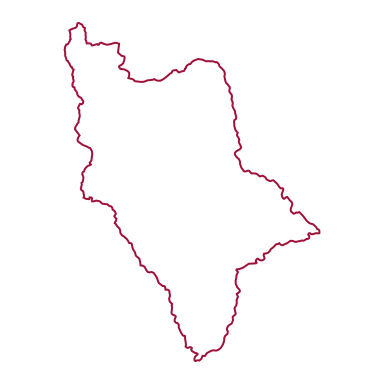 Vilcas Huaman, Ayacucho, Peru (Mercator projection)
{"feature_id": "86281439B2883679079046", "entity_name": "Vilcas Huaman", "entity_type": "district", "adm_level": 2, "iso_a3": "PER", "parent_name": "Peru", "parent_adm1": "Ayacucho", "projection": "mercator", "projection_center": [-73.905, -13.674], "detail": "fine", "context": "isolated", "style": "outline", "palette": "rose", "viewbox_px": 384, "rotation_deg": 0, "n_neighbors": 0, "source": "geoboundaries", "source_scale": "gbopen_adm2", "svg_char_len": 5832}
<svg xmlns="http://www.w3.org/2000/svg" viewBox="0 0 384 384"><path d="M317.3,229.1L316.1,227.1L313.3,224.4L309.5,223.2L306.8,221.0L303.1,216.0L299.3,212.1L297.6,212.7L296.2,212.5L294.7,213.4L293.6,213.7L291.1,211.6L290.7,210.3L290.8,208.7L292.4,204.3L291.7,202.1L289.8,200.3L287.3,197.0L286.2,197.2L284.2,198.8L283.7,198.7L282.8,198.0L282.1,196.6L281.8,195.1L281.8,193.9L283.0,190.7L283.3,189.0L282.7,188.3L280.9,188.3L279.7,187.5L277.1,183.7L273.5,180.4L272.6,180.3L270.4,181.1L269.1,180.8L266.6,179.4L265.4,177.3L263.2,176.0L262.6,175.7L259.8,176.4L256.8,173.9L255.3,173.5L251.3,173.3L249.2,170.9L248.1,170.6L245.5,171.5L243.9,171.2L241.3,167.6L240.1,164.1L240.0,161.8L239.1,159.4L236.2,156.6L235.2,155.0L234.8,153.7L234.9,153.0L236.2,151.3L239.7,149.4L241.1,147.7L240.6,145.7L238.9,142.4L238.8,141.1L239.3,140.1L239.0,138.8L237.0,135.4L237.1,134.1L237.8,132.8L235.4,129.9L234.3,125.9L234.1,120.9L234.3,120.3L236.0,118.8L236.3,117.2L235.2,113.4L235.0,111.3L233.0,107.5L232.4,105.7L232.8,102.7L231.4,99.0L232.0,97.4L231.8,95.0L229.4,91.7L229.3,90.5L229.9,88.0L229.7,87.0L228.3,85.5L227.9,84.5L226.1,83.0L225.3,80.8L224.4,76.3L224.9,73.8L224.2,71.1L222.2,68.8L219.9,66.7L219.3,65.9L219.0,64.4L216.9,62.1L215.7,62.3L212.6,61.2L211.4,61.4L208.3,61.1L206.3,61.3L202.1,59.6L198.2,59.0L193.6,60.7L191.8,62.2L190.4,64.0L188.9,64.2L187.2,65.3L186.1,66.6L186.1,67.7L184.9,68.7L184.9,69.4L184.0,70.9L180.9,71.6L179.3,72.4L178.6,72.3L176.3,70.0L173.1,70.5L172.2,71.3L171.6,72.8L170.2,73.5L166.4,76.9L163.0,79.4L160.3,80.7L157.8,80.7L155.8,80.1L154.3,79.1L152.6,79.8L147.3,80.4L144.2,81.7L141.0,81.9L135.6,81.3L134.4,80.8L133.6,79.7L132.4,79.1L128.4,78.1L129.2,75.4L129.2,73.0L129.1,72.5L127.6,71.1L124.4,69.4L120.4,68.9L119.2,67.3L119.0,66.6L119.4,65.9L121.3,64.9L123.2,63.3L124.4,59.5L124.6,57.3L124.4,56.5L121.4,55.7L118.0,52.6L119.1,43.7L116.4,42.9L114.6,42.9L110.2,44.2L107.9,44.6L106.4,44.6L103.7,43.8L101.1,42.6L99.5,43.4L99.1,44.4L98.1,44.8L97.6,44.2L96.5,44.3L92.3,45.5L91.8,45.4L90.8,43.7L90.2,43.4L86.7,43.4L86.4,41.5L85.5,39.6L85.8,36.6L85.5,35.6L85.7,32.7L84.5,30.3L85.0,28.1L83.4,27.2L82.0,24.6L78.8,23.0L78.0,23.1L77.4,23.5L76.8,26.5L75.7,27.7L71.4,29.2L69.4,30.3L70.4,34.2L70.2,37.5L70.7,39.1L70.0,39.7L69.7,41.2L68.9,42.2L68.4,43.5L67.3,44.4L66.2,44.6L64.9,47.3L65.0,48.5L64.6,49.6L65.2,52.7L65.2,55.9L66.2,58.3L66.3,59.7L67.2,60.8L68.0,61.1L68.3,62.1L69.6,63.7L69.9,64.9L71.0,66.8L72.0,67.2L72.4,68.7L73.7,69.6L72.8,71.9L72.7,73.3L72.1,74.4L72.6,75.4L72.5,76.1L73.2,76.8L72.9,78.0L73.6,80.4L73.6,81.6L72.7,82.9L72.4,84.1L72.7,84.8L72.4,85.4L72.5,85.9L73.0,86.9L74.5,87.4L74.7,89.2L77.2,92.8L77.3,94.5L77.9,95.6L79.1,96.8L81.4,98.0L81.8,99.4L83.0,100.7L83.3,101.6L82.9,103.2L81.6,104.3L80.0,103.9L78.2,107.2L78.1,108.3L79.4,110.4L79.2,112.0L79.8,116.2L78.5,120.8L78.6,122.4L77.1,124.0L76.5,125.3L75.7,126.3L75.0,128.6L75.0,129.3L79.6,135.5L78.6,136.8L77.6,139.1L77.7,141.0L79.1,142.3L82.9,145.0L87.5,146.8L88.3,147.5L90.1,148.0L91.8,151.0L92.3,153.6L91.4,160.6L89.7,162.7L90.0,163.6L90.9,164.5L90.3,165.1L87.8,165.9L85.7,167.8L84.3,170.1L84.2,171.3L83.0,172.0L82.4,173.0L82.2,174.3L83.2,176.3L83.4,177.8L82.8,181.7L81.5,183.0L81.8,184.6L80.8,188.9L81.6,190.3L82.9,191.0L83.6,192.5L83.5,194.0L83.9,194.6L84.1,196.0L83.5,197.6L85.9,198.8L89.0,199.2L89.3,199.1L89.6,197.4L91.0,197.4L92.0,198.3L91.8,200.5L92.2,201.4L93.5,201.4L96.2,200.6L99.7,201.3L102.3,203.7L107.3,204.3L109.5,206.1L111.0,206.3L111.7,206.9L112.4,208.1L112.5,209.5L114.0,210.5L115.0,211.6L115.8,213.7L115.6,214.3L114.4,215.9L114.3,216.5L116.4,218.8L115.9,221.1L115.0,222.2L114.7,223.2L115.7,223.9L117.3,226.4L119.4,228.4L120.2,230.6L120.4,233.0L121.5,234.7L122.6,235.8L123.7,236.2L126.7,239.0L128.0,240.7L129.2,243.0L131.0,243.2L131.7,243.9L132.5,247.6L133.3,249.8L135.0,252.4L135.8,255.6L139.3,258.7L140.2,262.1L140.6,265.4L142.0,265.5L144.5,266.6L146.3,270.1L147.8,272.0L149.5,272.4L151.6,272.0L153.8,273.0L156.8,277.5L158.3,281.9L158.9,283.0L162.6,286.0L164.3,286.1L165.0,286.6L165.5,289.7L167.7,289.7L169.2,290.7L170.0,295.8L169.1,298.7L169.4,300.4L170.0,301.9L172.2,304.0L171.6,305.6L172.1,307.1L171.5,312.6L171.7,313.6L172.7,314.7L174.3,315.2L175.6,316.1L175.8,316.7L174.7,319.4L174.7,321.5L176.1,322.8L177.6,323.2L178.1,323.7L178.8,325.0L178.7,327.3L180.4,331.4L182.4,334.9L183.5,335.8L184.6,335.8L185.1,336.2L185.0,337.7L186.0,344.6L185.6,346.7L187.2,347.8L188.0,347.9L190.1,347.1L191.4,347.5L191.9,348.1L191.2,349.7L191.9,351.0L195.1,353.0L196.6,353.2L197.4,353.7L197.6,354.1L197.3,354.7L195.9,355.8L194.8,357.2L194.4,359.4L194.5,360.3L194.9,360.8L195.7,361.0L197.3,360.3L199.4,360.5L201.3,358.9L202.5,355.9L204.9,356.0L206.9,353.1L211.4,350.7L213.4,350.3L216.3,350.6L218.9,349.5L221.2,347.4L223.0,344.3L224.1,341.0L224.4,337.4L225.3,335.7L227.5,333.9L227.8,331.3L226.9,329.7L226.9,328.9L227.7,326.5L229.4,324.9L231.3,323.8L232.0,322.9L233.0,320.2L232.7,317.6L232.8,316.6L235.2,314.6L235.7,313.7L234.5,308.3L236.2,305.4L236.8,303.2L236.6,300.1L238.0,296.7L236.7,294.0L239.4,292.0L239.9,291.2L239.4,289.6L237.3,287.4L235.8,284.0L235.6,280.9L236.4,277.3L236.4,275.4L238.0,272.0L236.4,270.1L236.6,269.4L239.8,268.9L243.1,267.7L248.7,263.8L256.0,263.3L256.5,263.0L256.6,262.7L255.9,261.5L255.8,260.4L257.3,258.7L258.4,258.9L259.5,260.0L260.4,260.3L262.3,260.3L263.5,259.7L264.5,258.7L264.6,258.2L263.6,255.3L264.0,253.8L264.4,253.5L265.8,253.5L268.0,252.8L269.6,251.2L270.8,249.2L273.8,246.8L276.1,244.3L278.2,243.9L279.2,243.2L280.8,244.8L282.8,245.3L284.6,244.2L287.0,243.3L290.3,240.9L292.7,240.9L294.8,241.8L296.6,241.8L298.1,241.3L300.2,241.1L301.5,240.5L303.3,240.7L304.2,240.5L306.5,239.0L308.3,238.8L309.0,238.2L309.3,237.3L309.2,236.1L308.4,235.0L308.3,234.2L308.9,233.3L309.9,233.2L311.2,234.2L312.3,234.3L315.9,233.2L318.4,233.4L319.4,233.1L319.4,231.0L319.1,230.1L318.4,229.4L317.3,229.1Z" fill="none" stroke="#9f1239" stroke-width="2"/></svg>